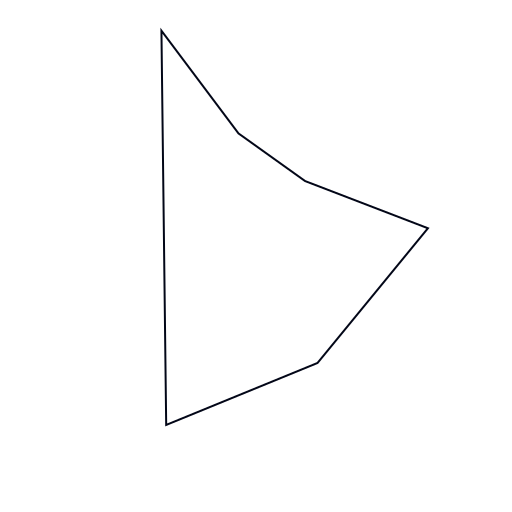 outline of Trzin, rotated 287°
{"feature_id": "SVN-236", "entity_name": "Trzin", "entity_type": "Municipality", "adm_level": 1, "iso_a3": "SVN", "parent_name": "Slovenia", "parent_adm1": "", "projection": "albers", "projection_center": [14.555, 46.128], "detail": "fine", "context": "isolated", "style": "outline", "palette": "ink", "viewbox_px": 512, "rotation_deg": 287, "n_neighbors": 0, "source": "natural_earth", "source_scale": "10m", "svg_char_len": 247}
<svg xmlns="http://www.w3.org/2000/svg" viewBox="0 0 512 512"><g transform="rotate(287 256 256)"><path d="M68.2,219.5L443.8,99.7L368.1,203.4L342.0,281.1L332.8,412.3L171.7,346.1L68.2,219.5Z" fill="none" stroke="#020617" stroke-width="2"/></g></svg>